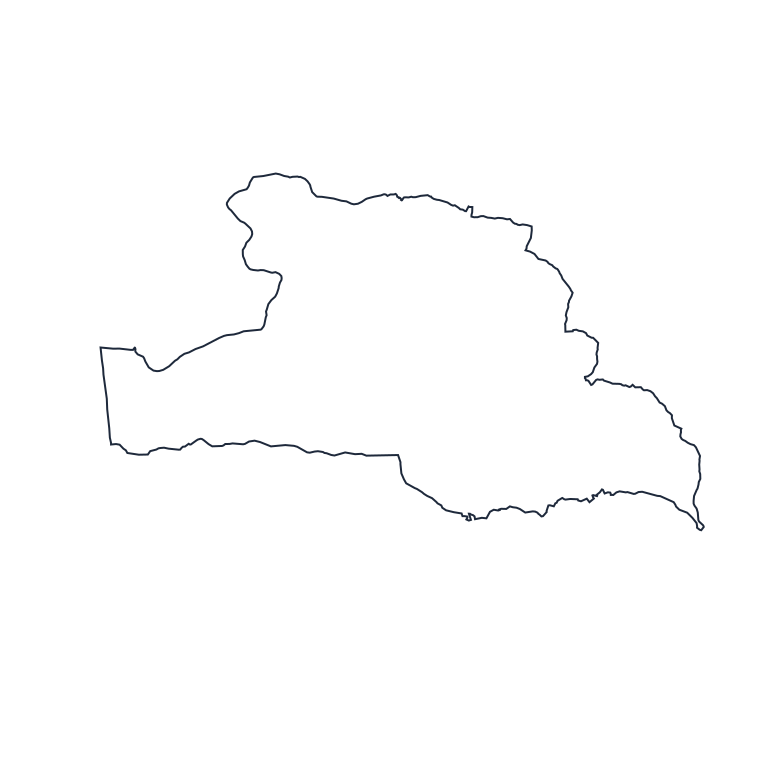 Lunca De Sus, Harghita, Romania, rotated 162°
{"feature_id": "2599482B22332008821667", "entity_name": "Lunca De Sus", "entity_type": "district", "adm_level": 2, "iso_a3": "ROU", "parent_name": "Romania", "parent_adm1": "Harghita", "projection": "orthographic", "projection_center": [25.973, 46.514], "detail": "fine", "context": "isolated", "style": "outline", "palette": "slate", "viewbox_px": 768, "rotation_deg": 162, "n_neighbors": 0, "source": "geoboundaries", "source_scale": "gbopen_adm2", "svg_char_len": 6166}
<svg xmlns="http://www.w3.org/2000/svg" viewBox="0 0 768 768"><g transform="rotate(162 384 384)"><path d="M451.1,614.4L452.9,612.8L454.5,611.7L462.4,612.0L467.3,611.0L473.4,608.1L477.4,604.8L478.0,603.2L477.7,600.1L476.9,598.1L475.8,596.5L471.9,586.5L470.2,583.3L467.2,580.7L466.3,579.4L462.9,573.2L462.4,569.9L463.0,567.3L464.5,565.2L467.6,562.7L471.2,560.9L473.7,557.7L476.9,555.1L478.2,550.9L478.6,548.8L478.2,544.9L478.3,540.6L477.4,537.8L476.4,535.3L475.5,534.3L473.2,532.9L468.8,530.9L466.2,530.5L463.2,529.4L457.0,524.9L455.8,524.3L452.6,523.9L449.6,521.1L448.3,518.4L448.6,516.4L449.4,514.6L451.6,512.6L453.9,509.3L454.6,507.7L457.9,503.2L460.5,500.7L465.2,498.6L469.3,495.7L472.5,491.0L473.8,489.4L474.4,485.7L475.8,484.0L479.4,477.6L480.7,476.0L483.6,474.0L484.5,473.8L501.2,477.5L506.2,477.2L511.4,477.5L518.3,479.0L521.3,479.2L526.7,478.7L544.5,475.7L552.4,475.5L559.8,474.3L564.5,474.4L569.8,472.9L572.9,471.3L575.6,470.7L582.8,467.3L589.6,465.7L593.7,465.8L596.0,466.4L599.1,468.0L602.6,472.5L604.0,479.1L604.2,482.6L604.7,484.4L609.1,488.3L610.4,491.5L610.2,492.8L609.6,493.9L609.6,495.4L609.9,495.6L612.2,494.0L614.5,494.8L624.6,499.4L630.7,501.3L642.3,506.3L645.0,493.5L646.3,485.7L647.9,479.6L652.2,455.6L655.1,445.3L659.0,426.7L661.3,417.7L661.8,412.4L662.3,410.8L657.4,409.7L654.2,408.0L651.8,403.0L650.0,400.7L649.4,397.7L639.0,392.5L630.4,389.9L627.1,392.4L620.7,392.0L618.4,392.5L616.8,392.3L612.9,391.4L608.9,389.1L599.4,384.9L598.1,384.6L596.3,385.8L594.6,386.5L592.6,386.0L588.2,387.5L587.3,386.4L586.4,386.2L579.8,388.3L578.2,388.7L575.5,388.6L574.2,388.0L572.9,386.4L569.4,381.0L566.6,377.8L557.1,375.1L555.6,375.2L553.5,376.0L549.4,374.7L546.4,374.3L536.6,370.2L534.7,370.0L530.1,371.0L524.6,370.1L519.8,367.1L510.8,359.6L496.7,356.4L488.7,353.0L485.9,351.1L478.3,342.8L475.8,341.6L470.9,341.2L467.6,340.5L463.1,338.2L461.9,336.8L460.0,335.9L456.1,332.8L453.2,331.3L442.1,330.9L433.2,326.2L426.8,324.5L422.9,321.3L392.6,312.1L392.5,304.6L393.1,302.8L395.1,293.6L394.5,287.2L393.6,282.7L386.9,275.5L385.1,274.0L381.3,269.4L379.9,267.1L377.5,264.2L373.6,260.6L370.6,255.5L370.0,254.0L367.0,250.8L366.8,248.3L364.0,244.7L357.2,240.5L350.2,236.9L350.2,234.1L348.3,233.5L345.8,232.2L346.0,231.1L347.5,229.7L345.5,227.9L343.3,227.9L343.3,234.4L342.4,234.1L341.5,232.9L339.8,231.7L338.8,230.1L339.2,227.3L332.3,226.5L328.1,224.6L322.7,229.7L318.5,230.5L314.5,228.4L313.6,228.4L313.5,228.9L312.6,228.6L312.5,229.1L311.1,229.1L306.3,227.4L302.1,228.7L299.6,227.0L296.2,225.4L293.4,223.1L289.4,218.1L281.9,216.9L279.6,215.9L277.8,214.2L277.2,212.6L276.6,212.0L275.2,209.4L273.6,209.2L268.8,212.0L268.7,212.9L265.2,217.7L263.7,217.4L260.3,215.2L257.9,217.6L256.5,217.7L255.0,219.3L249.9,220.5L249.6,220.5L248.3,218.8L247.2,218.0L242.4,217.1L235.4,214.5L235.3,213.2L232.9,211.6L226.6,212.3L225.1,208.1L219.8,210.2L220.2,211.8L220.2,213.6L219.4,213.7L215.4,211.1L216.4,212.7L212.2,214.3L209.3,216.4L208.5,215.7L208.0,211.7L204.5,211.8L202.4,210.8L202.3,209.7L202.6,208.4L200.2,207.6L196.5,209.1L193.1,209.1L187.5,206.2L185.9,206.0L180.5,202.3L179.0,202.0L175.3,202.6L171.7,201.7L158.7,193.2L155.9,192.0L145.0,182.1L144.2,179.1L144.1,177.2L142.0,173.2L135.4,167.9L132.0,161.3L129.7,155.1L130.1,152.2L130.7,150.6L128.8,147.8L127.5,146.9L124.1,149.2L124.0,149.9L124.2,151.1L126.8,155.8L127.0,156.6L127.0,157.7L125.3,164.8L125.2,168.2L125.2,169.0L126.3,172.4L126.5,174.5L125.7,177.1L123.7,181.7L119.4,186.6L118.2,187.6L116.0,191.1L114.9,193.5L112.5,196.0L111.1,200.7L111.1,203.5L110.3,205.3L109.1,210.0L107.6,213.4L107.4,214.6L105.7,217.9L106.9,227.4L108.1,230.1L111.1,232.1L113.3,234.3L115.1,236.8L116.8,238.3L117.9,239.8L118.4,242.6L117.5,244.7L116.5,246.2L115.8,248.7L115.0,249.6L120.7,254.8L120.8,262.6L119.8,265.3L121.1,268.0L122.4,269.5L123.5,271.7L123.7,276.1L125.6,279.3L127.6,281.2L128.9,286.3L130.0,288.5L130.9,292.0L132.8,294.8L135.6,296.9L138.7,297.7L139.6,298.9L140.7,301.6L146.1,303.2L147.8,306.4L150.2,305.3L151.6,305.3L154.6,308.1L156.1,308.2L157.7,309.2L158.4,310.4L160.1,311.4L166.6,313.7L168.6,315.6L173.7,319.2L174.5,320.7L177.7,321.4L179.5,322.4L181.0,322.3L185.9,319.2L187.3,319.1L188.6,323.9L189.7,324.8L190.8,325.1L190.7,326.7L191.1,327.5L190.7,328.7L187.8,328.3L184.0,329.4L181.8,330.7L178.8,334.7L175.2,337.3L174.1,339.3L173.6,342.0L172.8,344.5L172.8,346.4L172.0,348.2L170.0,350.9L169.8,352.2L167.6,356.9L170.8,363.3L172.3,363.9L175.7,367.3L176.1,369.9L178.6,372.6L182.3,374.4L184.3,376.2L187.4,376.8L188.2,375.8L195.3,377.7L193.4,384.0L193.3,385.1L190.6,388.3L189.8,390.3L189.9,393.0L188.2,396.0L185.0,400.0L184.2,403.2L182.8,404.8L182.3,406.0L178.7,409.4L176.4,412.5L177.3,415.4L177.4,416.8L178.1,419.3L181.7,428.8L181.9,432.5L182.7,435.1L182.7,436.5L183.4,439.3L183.8,440.0L185.0,440.9L186.9,443.7L187.2,444.9L189.5,447.0L190.4,448.3L190.7,449.6L192.1,451.5L198.5,455.2L200.7,461.2L204.2,464.8L208.1,467.4L206.6,468.8L205.7,470.9L199.2,477.5L196.0,484.4L194.9,488.2L198.8,490.9L202.8,492.9L205.9,493.2L207.7,494.2L208.5,495.3L210.0,496.0L211.3,497.6L213.2,502.0L216.1,502.6L219.9,505.0L224.3,506.8L227.5,507.1L230.8,508.9L234.0,510.2L237.6,513.0L240.1,513.7L243.5,513.7L246.9,514.8L249.1,516.2L248.6,517.7L247.1,520.0L245.3,525.0L247.9,525.9L248.7,526.7L252.5,523.0L253.4,523.3L255.2,525.5L257.5,526.6L258.5,528.4L261.4,532.1L263.2,532.3L264.7,533.5L267.5,537.0L274.6,541.9L276.8,542.9L279.5,544.7L281.2,546.8L281.2,547.6L282.4,548.2L284.1,550.1L291.0,551.6L296.1,551.9L298.8,552.7L300.2,553.7L302.8,553.8L306.4,555.1L307.6,555.2L310.1,553.2L310.5,553.2L310.8,553.6L310.3,553.9L311.1,555.7L312.2,556.1L312.5,556.6L312.1,556.8L313.6,558.1L313.4,559.1L313.6,560.0L314.2,561.2L315.9,561.2L319.4,562.3L322.6,561.8L323.4,563.3L324.6,564.2L325.8,564.5L328.7,564.3L335.5,565.2L342.7,565.6L344.4,565.4L348.8,564.1L353.1,563.5L357.1,564.2L359.4,565.6L363.3,569.3L367.8,571.4L374.5,575.9L385.2,581.2L389.6,582.8L390.3,583.4L393.0,588.7L393.0,594.4L392.8,595.7L393.0,597.0L394.1,600.4L395.8,603.5L399.6,606.9L400.9,607.1L402.1,608.0L406.9,609.3L409.7,609.5L411.1,610.8L414.7,612.7L418.5,615.7L421.9,617.6L434.6,619.1L443.8,621.1L444.8,620.9L445.7,620.2L449.3,617.1L451.1,614.4Z" fill="none" stroke="#1e293b" stroke-width="2"/></g></svg>